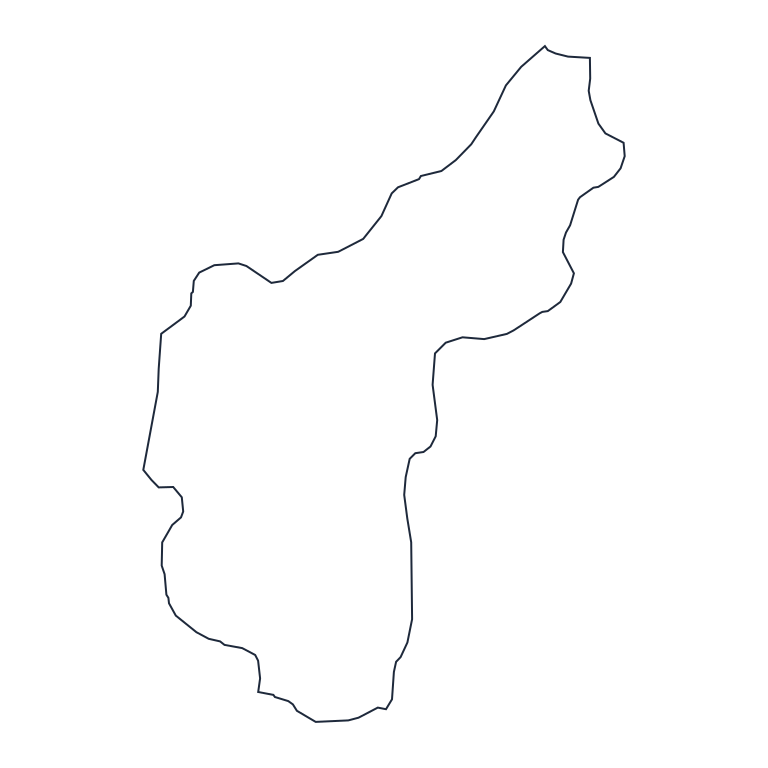 Mixco, Guatemala
{"feature_id": "79465075B33293515878982", "entity_name": "Mixco", "entity_type": "district", "adm_level": 2, "iso_a3": "GTM", "parent_name": "Guatemala", "parent_adm1": "", "projection": "equal_earth", "projection_center": [-90.581, 14.643], "detail": "fine", "context": "isolated", "style": "outline", "palette": "slate", "viewbox_px": 768, "rotation_deg": 0, "n_neighbors": 0, "source": "geoboundaries", "source_scale": "gbopen_adm2", "svg_char_len": 1521}
<svg xmlns="http://www.w3.org/2000/svg" viewBox="0 0 768 768"><path d="M589.9,57.9L568.0,56.6L555.6,53.5L547.8,50.1L544.9,46.1L521.2,66.8L505.9,85.4L493.8,111.4L475.8,137.4L471.3,144.2L455.9,160.0L441.4,171.0L420.9,176.0L419.0,179.1L398.0,187.3L391.7,193.4L381.4,216.1L363.2,238.9L338.2,251.8L317.8,254.8L295.0,271.0L282.9,281.0L271.4,282.9L246.4,266.0L238.4,263.4L214.3,265.2L199.2,272.6L193.8,280.9L192.9,291.9L191.3,293.4L190.8,305.7L184.5,316.5L161.2,333.8L158.7,368.8L157.8,391.9L143.3,469.9L151.5,480.0L158.7,487.4L173.2,487.0L181.8,497.3L183.2,511.5L181.0,517.4L172.2,525.0L168.9,530.8L162.2,542.4L161.7,565.6L164.6,574.2L166.4,594.7L168.4,597.9L169.0,603.3L175.8,615.6L196.4,632.2L208.7,638.8L220.1,641.4L224.5,644.9L242.2,648.1L255.2,655.0L258.1,660.7L260.1,678.4L258.2,692.0L273.4,694.9L274.9,697.0L288.3,701.1L292.9,704.4L296.9,710.8L315.7,721.9L348.3,720.4L358.5,717.7L377.8,707.6L386.0,709.2L392.0,699.3L393.9,671.9L396.1,661.8L400.6,657.1L407.4,642.5L412.1,619.2L411.2,542.3L407.3,518.5L404.2,494.9L405.7,477.1L409.7,458.8L415.3,453.2L423.5,452.0L430.5,446.5L435.7,436.3L437.2,420.1L432.6,384.8L435.0,353.4L445.7,342.7L462.5,337.3L484.2,339.1L506.9,333.9L513.6,330.4L539.7,313.3L542.3,311.9L547.8,311.1L560.3,302.0L571.1,283.6L573.9,273.3L562.9,252.1L563.6,239.7L566.0,232.5L570.1,225.3L578.1,199.7L580.0,197.2L593.4,187.7L598.3,186.9L613.9,176.9L620.6,168.3L624.7,156.2L623.6,142.8L605.4,133.4L598.4,123.6L590.4,100.2L588.7,90.8L590.2,78.6L589.9,57.9Z" fill="none" stroke="#1e293b" stroke-width="2"/></svg>